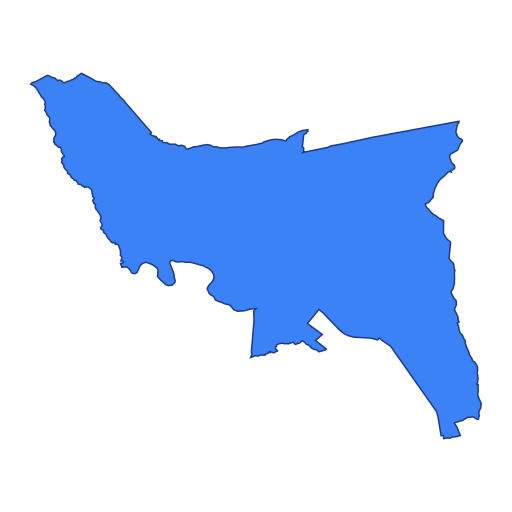 the district of Berca, Buzau, Romania
{"feature_id": "2599482B72560030145158", "entity_name": "Berca", "entity_type": "district", "adm_level": 2, "iso_a3": "ROU", "parent_name": "Romania", "parent_adm1": "Buzau", "projection": "robinson", "projection_center": [26.655, 45.298], "detail": "fine", "context": "isolated", "style": "filled", "palette": "blue", "viewbox_px": 512, "rotation_deg": 0, "n_neighbors": 0, "source": "geoboundaries", "source_scale": "gbopen_adm2", "svg_char_len": 5973}
<svg xmlns="http://www.w3.org/2000/svg" viewBox="0 0 512 512"><path d="M477.7,382.5L477.5,381.4L478.2,378.4L477.7,377.4L477.8,375.2L476.9,373.1L477.5,370.8L477.5,367.7L477.2,366.3L476.6,364.9L474.6,361.9L472.6,360.8L472.1,358.9L469.4,354.7L468.8,352.1L466.2,346.2L465.3,343.4L465.4,341.1L463.8,338.6L462.3,334.9L460.5,333.5L459.8,332.1L459.0,329.6L458.6,326.2L457.1,323.1L459.1,322.1L458.2,320.1L457.9,316.8L454.4,309.3L456.3,304.9L456.2,301.1L455.9,300.3L454.1,298.5L451.2,293.1L451.2,291.4L453.0,288.8L454.4,283.5L454.4,280.5L454.6,278.8L454.4,272.6L454.9,270.3L454.3,269.0L453.7,264.3L452.9,262.6L451.2,261.4L449.0,258.4L450.6,242.8L450.1,241.7L447.6,239.6L446.3,238.2L443.5,233.6L443.6,220.5L439.2,218.4L435.6,215.6L433.3,214.4L430.0,211.1L428.4,208.9L426.7,207.6L425.1,204.1L428.1,202.8L428.9,202.1L433.2,197.2L433.5,192.9L434.4,190.4L434.5,189.3L437.6,183.0L440.3,179.3L444.1,176.2L448.0,172.2L449.9,171.5L451.1,172.0L450.6,171.1L454.5,168.7L454.8,167.0L454.2,164.9L452.8,164.0L451.7,162.7L449.8,158.2L449.6,156.5L449.7,155.8L450.7,154.0L457.6,150.1L460.2,143.9L462.4,141.1L462.3,140.1L461.7,139.4L459.2,138.2L458.4,137.5L457.4,135.9L455.8,132.1L457.2,125.4L457.7,123.9L458.8,122.7L459.0,121.3L373.5,137.1L343.7,143.6L330.5,146.0L330.5,146.4L327.3,147.5L302.9,152.5L304.1,151.4L303.4,149.9L303.8,148.5L303.5,147.5L302.3,147.2L303.7,135.1L304.1,134.3L305.7,133.7L306.5,133.0L306.6,132.2L307.9,131.6L307.9,129.7L302.3,130.5L298.4,132.0L293.5,135.1L289.5,136.8L289.4,137.3L286.9,139.2L285.8,141.1L281.4,139.7L275.7,139.3L273.2,139.5L269.0,140.3L263.7,142.0L263.4,142.7L257.7,144.2L245.5,146.4L243.7,147.1L236.1,147.0L228.3,147.5L227.0,147.9L220.9,147.9L216.1,146.8L213.9,146.9L212.5,146.5L211.2,145.5L207.8,144.6L203.4,145.1L196.9,146.6L193.7,146.8L189.4,148.6L186.4,149.1L184.7,146.4L182.7,145.5L181.0,145.3L178.5,145.9L175.3,144.2L169.5,144.2L167.0,142.6L163.5,142.6L162.8,142.2L162.1,140.6L160.3,140.7L159.1,140.2L159.4,139.3L158.7,139.4L157.3,138.4L156.3,136.8L155.7,137.0L155.5,136.4L154.9,136.6L154.2,136.1L152.3,135.6L150.8,134.6L150.1,133.8L151.2,133.1L151.4,132.6L124.9,102.0L124.2,100.7L119.3,96.1L119.4,95.7L108.9,84.4L106.7,83.1L105.1,82.8L102.2,82.9L100.9,82.0L95.7,81.2L91.9,78.8L81.7,73.4L81.1,73.5L78.8,75.2L77.3,75.8L76.2,77.7L74.1,78.4L73.8,79.1L73.4,79.4L71.9,79.7L68.8,81.3L67.8,81.2L65.0,82.5L63.1,82.5L62.1,81.3L59.9,80.1L57.5,80.5L55.2,78.3L51.3,77.1L49.2,75.9L47.2,75.4L36.1,81.5L32.1,82.7L30.7,84.2L33.3,85.4L35.9,87.7L36.7,89.2L38.1,90.6L38.4,91.9L40.3,94.7L41.5,97.0L43.4,98.6L44.9,101.2L45.3,102.2L44.6,104.3L45.2,105.1L45.3,108.6L44.6,109.9L44.7,110.3L46.0,112.0L47.1,114.9L48.5,116.6L49.5,117.1L49.7,119.2L49.4,121.7L49.6,123.1L50.2,123.8L50.0,125.4L51.4,126.5L52.0,127.8L54.6,130.4L55.7,132.4L55.7,134.9L55.2,135.7L55.4,136.0L54.3,137.2L53.8,139.4L54.0,140.7L53.7,141.2L54.0,141.9L53.8,142.4L54.5,142.5L55.0,144.3L57.7,146.2L58.4,147.3L60.6,147.3L61.3,149.7L61.3,151.1L63.1,154.4L64.4,155.8L64.2,156.9L62.6,157.1L62.4,158.0L61.6,158.6L62.1,160.7L61.6,161.9L62.2,163.5L63.5,164.2L63.6,165.8L64.0,166.2L63.9,167.0L64.5,168.3L67.4,171.3L67.5,173.1L68.2,173.8L69.8,174.5L70.9,176.3L71.3,177.5L73.5,179.0L74.2,180.2L76.4,180.7L78.4,184.3L78.9,184.5L80.0,184.1L81.4,184.9L82.2,185.9L83.7,186.2L84.3,187.4L85.3,186.8L86.3,187.2L87.4,186.8L88.3,187.0L91.6,189.7L92.3,194.3L92.8,195.0L92.6,196.6L94.3,198.1L93.5,199.8L92.9,200.0L92.8,200.6L93.9,203.5L95.5,204.4L95.2,207.3L96.1,209.4L97.2,210.4L97.6,211.3L99.4,213.6L99.5,214.2L100.2,214.9L100.9,217.2L100.6,219.5L100.1,220.3L100.6,221.8L101.7,223.1L102.1,224.9L101.6,226.6L100.4,227.9L101.0,229.1L103.5,230.4L103.7,230.9L103.4,232.1L104.8,233.5L105.7,233.9L107.7,237.9L109.6,239.7L111.4,242.3L112.8,242.9L113.6,242.5L115.0,242.6L115.1,244.0L115.5,244.4L117.4,244.2L118.1,244.9L118.9,246.3L120.5,250.7L120.3,251.9L120.6,253.5L120.3,255.1L121.9,257.3L120.9,261.0L122.6,261.0L123.7,261.8L123.0,262.8L120.5,263.5L122.0,267.3L124.6,266.9L126.7,267.0L128.9,268.5L130.7,270.9L131.4,272.7L133.5,273.6L135.4,273.6L137.0,272.4L140.2,265.7L142.5,263.4L145.9,262.3L149.3,263.3L153.5,265.3L157.1,268.2L158.1,270.5L157.5,276.6L160.7,280.0L165.7,284.7L168.5,285.6L171.9,285.2L174.5,283.0L175.3,281.2L174.4,278.0L174.0,274.5L173.3,271.9L170.1,264.2L169.8,262.6L170.1,261.5L171.0,260.8L172.1,260.4L173.7,260.7L175.6,261.7L177.4,262.0L182.2,261.6L185.2,262.2L190.8,262.3L203.0,265.7L208.6,268.5L211.3,270.7L212.8,273.0L213.8,274.9L213.9,277.5L213.4,279.6L211.4,282.7L209.0,285.1L207.5,287.6L207.2,289.0L209.1,293.3L210.4,294.6L213.8,296.6L215.3,299.9L218.2,301.3L222.2,302.6L224.0,303.6L229.9,305.1L233.9,309.8L237.9,311.3L244.3,310.8L249.9,309.2L256.0,308.6L253.7,311.1L254.0,318.2L253.9,321.9L251.4,351.6L251.8,354.6L250.6,357.5L255.7,355.6L257.9,356.1L260.4,355.0L264.7,355.1L264.4,354.7L268.5,353.0L268.9,352.1L270.0,352.5L269.9,351.5L273.1,352.7L274.7,352.5L275.5,351.8L277.1,351.2L277.5,350.7L277.3,350.3L276.4,349.8L275.5,348.5L275.6,346.8L276.5,346.4L276.7,344.6L278.4,343.9L282.4,343.1L284.6,343.8L286.6,343.6L288.8,343.8L289.6,342.9L290.4,343.2L293.1,342.1L295.0,344.2L295.7,344.4L297.9,343.4L299.4,343.1L302.4,340.7L305.0,342.6L306.2,344.2L308.6,345.1L310.6,346.9L310.8,347.5L312.4,348.6L313.9,349.3L316.8,349.9L318.7,351.8L325.3,350.0L326.3,349.0L315.5,340.5L322.3,334.5L307.4,323.5L318.9,309.5L323.0,312.8L339.5,330.0L344.8,334.1L349.3,336.0L354.0,337.2L369.6,338.0L374.0,338.8L377.0,339.9L377.9,339.8L379.0,338.2L380.6,338.8L381.4,340.0L390.5,346.1L435.6,410.2L436.8,412.6L437.8,415.8L441.1,435.7L443.3,435.4L443.8,438.6L447.8,437.9L449.9,438.2L451.8,437.1L457.6,436.5L459.5,435.6L460.3,435.5L456.9,427.0L454.3,423.1L455.7,422.3L457.8,421.9L459.6,421.1L462.2,420.7L467.7,417.2L469.5,417.3L473.2,416.8L476.8,419.1L478.2,419.4L479.3,415.7L478.9,414.1L479.0,411.6L479.6,409.9L480.6,408.3L480.9,406.5L480.8,405.2L481.3,403.7L478.5,397.4L477.8,394.8L477.7,393.8L478.1,392.5L478.2,389.8L478.0,387.2L478.3,384.9L476.5,383.9L477.2,383.4L477.7,382.5Z" fill="#3b82f6" stroke="#1e3a8a" stroke-width="1.5"/></svg>